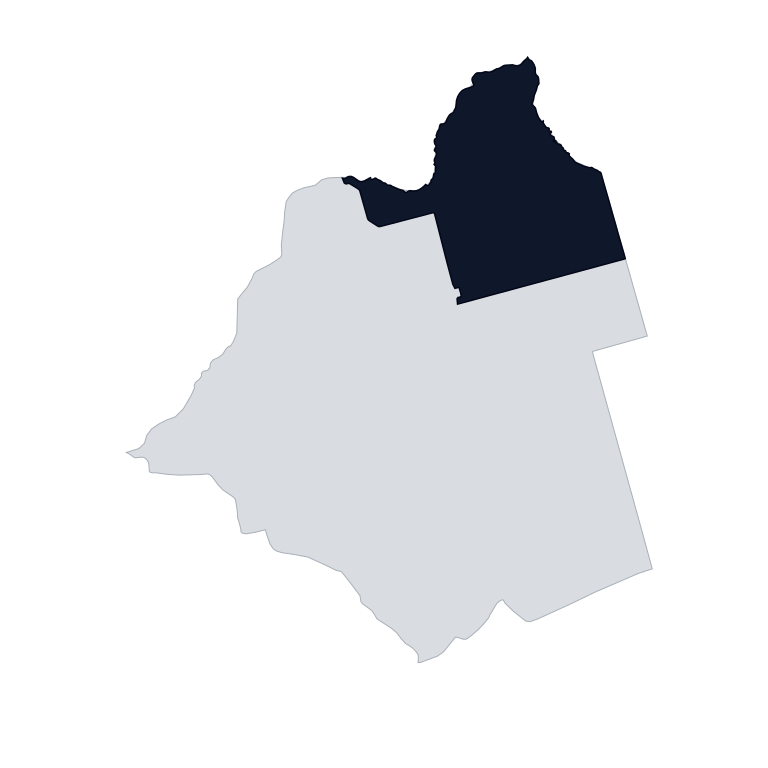 Kgalagadi highlighted on a map of Botswana, rotated 165°
{"feature_id": "BWA-2625", "entity_name": "Kgalagadi", "entity_type": "District", "adm_level": 1, "iso_a3": "BWA", "parent_name": "Botswana", "parent_adm1": "", "projection": "orthographic", "projection_center": [21.995, -25.1], "detail": "fine", "context": "in_parent", "style": "filled", "palette": "ink", "viewbox_px": 768, "rotation_deg": 165, "n_neighbors": 0, "source": "natural_earth", "source_scale": "10m", "svg_char_len": 6713}
<svg xmlns="http://www.w3.org/2000/svg" viewBox="0 0 768 768"><g transform="rotate(165 384 384)"><path d="M423.3,106.1L422.1,109.0L421.1,113.4L422.1,116.7L424.4,121.2L427.7,125.1L430.2,127.5L433.2,133.2L436.1,140.4L440.0,146.1L451.6,159.0L452.8,163.6L454.3,168.2L461.5,177.0L462.6,179.9L462.0,185.8L469.2,203.6L473.9,214.1L478.1,216.1L491.3,227.5L502.8,236.8L516.3,243.2L526.3,247.5L531.2,250.6L533.6,253.4L535.5,258.8L536.2,268.0L536.3,273.9L547.1,274.1L556.1,275.0L559.1,276.3L560.3,278.1L559.8,282.0L559.8,287.8L560.0,292.5L558.9,297.5L558.1,303.4L557.4,310.7L558.6,313.6L566.9,323.2L570.3,329.4L573.8,338.6L575.9,341.6L577.6,342.8L585.3,344.2L605.1,348.9L617.2,353.0L626.8,357.1L630.8,358.2L632.7,359.3L633.3,360.2L631.8,368.0L632.1,370.6L633.0,372.9L634.6,374.8L636.5,376.0L643.9,377.2L648.1,382.3L650.7,384.6L637.4,385.1L630.7,388.8L626.5,395.7L620.3,400.7L612.0,403.6L603.3,405.5L594.1,406.3L584.2,412.0L573.5,422.6L568.0,429.3L567.6,432.2L565.2,434.6L560.8,436.5L558.2,438.9L557.5,441.8L555.1,443.1L551.0,442.8L548.0,444.8L546.2,449.2L542.5,451.7L536.9,452.4L531.9,454.7L527.7,458.6L524.5,460.5L522.3,460.5L518.8,463.7L513.0,471.2L512.0,474.8L503.3,503.9L499.1,507.2L490.9,513.0L484.2,520.0L481.2,524.1L478.1,525.9L463.2,529.0L457.6,530.8L450.9,533.3L449.1,535.8L447.2,544.8L442.3,557.6L438.3,567.1L435.6,575.4L431.2,585.6L427.4,589.0L423.2,592.1L417.8,593.5L410.4,594.3L403.8,593.9L398.6,593.9L391.3,597.4L384.6,597.5L374.0,595.2L365.5,593.0L361.6,592.5L354.1,585.6L349.2,585.7L341.7,585.0L337.6,583.4L333.7,579.9L325.3,573.0L317.1,567.4L309.8,564.0L302.9,562.4L296.4,563.7L291.3,565.1L289.4,565.8L285.4,568.7L281.3,574.0L278.0,582.4L276.7,587.6L272.9,598.5L267.9,611.7L265.5,615.4L262.8,618.2L258.5,620.7L244.5,631.1L237.5,642.9L233.1,646.3L227.8,647.9L223.4,648.9L220.9,650.9L218.2,656.8L215.8,658.9L213.1,659.7L205.2,659.1L202.6,658.5L181.6,659.7L175.1,657.9L170.6,657.2L163.4,659.7L160.4,658.1L157.9,653.2L156.7,643.3L156.9,634.9L160.8,628.5L164.0,623.7L167.1,617.6L167.5,614.9L166.9,612.4L166.2,607.4L165.8,602.3L161.1,591.1L155.4,576.3L147.6,559.8L145.2,555.2L140.4,548.1L122.5,534.6L119.8,532.8L119.8,531.3L119.6,518.0L119.3,500.4L119.0,482.7L118.8,465.1L118.5,447.5L118.2,429.9L118.0,412.3L117.7,394.7L117.5,377.1L117.3,362.2L130.2,362.0L146.3,361.8L165.4,361.6L173.9,361.5L174.4,359.2L174.3,348.3L174.1,323.2L173.9,298.2L173.7,273.2L173.5,248.2L173.3,223.2L173.1,198.2L172.9,173.3L172.8,148.4L172.7,136.0L187.8,135.2L205.1,132.6L233.2,128.5L259.4,123.5L276.6,120.6L296.9,117.2L303.9,116.7L305.8,117.1L308.5,118.4L317.8,130.9L323.6,140.5L324.7,144.5L325.9,145.0L328.6,144.4L331.8,142.9L341.4,133.6L343.4,131.1L349.6,126.6L357.0,122.1L363.7,118.9L370.5,116.2L373.6,117.0L377.2,119.4L380.5,121.0L395.9,109.8L402.8,107.3L420.8,105.6L423.3,106.1Z" fill="#d9dde1" stroke="#a8b0b8" stroke-width="1"/><path d="M154.6,572.7L154.4,571.5L154.1,571.0L152.5,570.2L151.6,569.6L151.2,569.0L150.8,567.1L150.6,566.6L150.0,565.8L149.8,565.4L149.7,564.9L150.0,564.5L150.2,564.2L150.1,563.6L149.7,563.2L148.7,562.7L148.3,562.4L148.2,562.0L148.1,560.3L147.0,559.9L146.0,559.3L145.4,558.5L145.9,557.5L146.0,556.6L145.4,555.2L143.8,552.9L142.1,549.1L141.5,548.3L134.2,542.4L129.9,539.9L129.3,539.7L128.2,539.6L127.6,539.5L127.0,539.1L125.5,537.4L122.6,535.1L121.5,533.5L120.5,532.7L120.1,532.3L119.8,531.3L119.7,520.7L119.5,510.2L119.3,499.6L119.2,489.0L119.0,478.4L119.0,476.7L118.9,467.9L118.7,457.3L118.5,446.7L118.5,442.6L119.6,442.5L292.3,442.1L291.4,447.4L290.3,448.4L287.7,448.3L287.1,448.6L286.7,449.0L286.4,451.4L286.5,457.3L286.6,457.7L287.0,457.9L287.5,458.0L290.7,458.0L291.7,462.5L291.7,484.4L291.1,535.1L291.2,535.8L291.5,536.5L292.3,536.7L293.1,536.8L346.6,537.1L347.5,537.2L348.3,537.4L349.2,538.1L355.5,545.0L356.2,545.9L356.8,547.0L357.0,548.3L357.4,577.6L359.2,580.0L365.5,586.6L366.3,586.9L368.9,587.1L370.3,588.3L371.0,593.6L368.6,592.6L367.5,592.8L366.4,593.2L364.8,593.6L362.1,593.1L359.8,591.3L356.0,586.6L353.6,585.2L350.7,585.1L344.9,586.6L343.7,586.8L343.6,586.5L343.9,586.0L343.9,585.5L343.3,585.0L342.8,584.6L342.1,584.5L339.2,585.2L338.2,584.5L337.4,583.3L334.9,581.4L332.8,578.6L332.3,578.3L331.2,577.9L330.7,577.5L330.3,577.0L329.8,575.7L329.3,575.2L326.2,574.2L325.5,573.5L325.1,572.9L319.3,568.2L317.9,567.3L316.3,566.5L315.7,566.1L315.0,565.3L314.2,564.0L313.7,563.5L312.9,563.2L312.2,563.4L310.3,564.0L309.3,564.1L308.5,563.9L306.0,562.9L302.9,562.3L300.2,562.4L297.5,563.2L293.3,565.2L292.8,565.6L292.1,566.0L291.8,565.7L291.5,565.0L291.2,564.5L289.8,564.3L288.5,565.0L286.3,567.2L286.0,567.8L285.9,568.3L285.7,568.8L285.0,569.2L284.3,569.5L283.7,569.9L283.2,570.4L282.7,571.2L281.8,573.6L281.2,574.3L279.8,574.8L279.4,575.4L278.3,579.2L277.9,580.2L277.7,580.7L277.7,581.2L278.0,581.8L278.5,582.5L278.8,583.1L278.3,583.7L277.5,584.3L277.4,584.8L277.6,585.3L277.7,586.0L277.6,586.9L277.4,587.5L277.1,588.1L274.6,591.0L273.9,592.3L273.5,593.6L273.6,594.4L273.8,594.6L274.1,594.8L274.5,595.4L274.8,596.3L274.9,596.6L274.3,597.7L273.5,598.6L272.4,599.6L271.8,600.6L272.5,601.7L272.7,602.5L272.8,603.9L272.6,605.3L272.3,606.3L271.8,607.1L271.3,607.5L269.7,608.1L269.1,608.6L269.1,609.1L269.3,609.7L269.3,610.4L267.0,614.0L266.8,614.1L266.3,614.7L265.2,615.5L264.6,616.3L263.7,618.4L262.6,620.0L261.7,620.4L259.2,619.8L257.4,620.2L256.2,621.2L254.3,623.9L251.4,626.7L250.1,627.4L249.3,627.7L246.7,628.2L246.2,628.5L245.6,629.8L243.4,632.0L242.4,634.2L240.6,639.1L238.5,642.4L235.7,645.2L232.5,647.2L229.0,648.0L223.7,648.1L222.0,648.4L220.5,648.9L219.8,649.5L219.8,650.5L220.3,653.3L220.3,654.5L220.1,655.6L219.5,656.7L218.5,657.6L215.4,659.8L214.1,660.3L213.0,660.3L209.7,659.4L205.0,659.3L202.3,658.1L201.1,657.8L198.6,657.9L194.0,659.2L193.2,659.2L191.7,659.1L190.9,659.1L186.1,660.5L184.4,660.5L177.1,659.0L174.9,657.6L172.6,656.6L169.5,657.0L168.1,657.8L165.6,659.6L162.1,661.3L160.9,662.2L160.7,662.4L160.5,661.8L159.9,659.8L159.3,659.1L158.5,658.6L158.2,658.3L157.8,657.8L157.1,656.1L156.5,653.9L156.2,651.6L156.1,649.8L157.3,645.6L157.3,644.2L157.1,643.3L156.2,642.0L155.8,641.3L155.6,639.7L155.8,637.9L156.5,634.6L156.7,633.9L158.3,632.6L159.1,631.6L160.7,628.6L163.8,624.5L165.0,622.3L166.0,619.9L168.4,616.5L168.6,615.5L166.5,611.9L166.3,610.7L166.4,606.3L165.8,601.0L164.3,597.3L164.3,597.1L163.7,596.4L163.4,596.3L162.8,596.6L162.1,596.9L162.1,596.3L162.7,595.2L161.5,591.1L160.9,590.0L160.3,589.5L158.9,588.8L158.4,588.2L158.4,587.6L158.9,586.2L158.9,585.6L158.4,585.2L157.8,585.1L157.2,584.9L157.0,584.2L157.3,583.8L158.5,583.0L158.9,582.4L158.4,580.8L155.9,578.6L156.0,576.9L156.3,575.9L158.0,574.8L157.2,574.2L156.7,574.2L156.2,574.5L155.7,574.8L155.2,574.5L155.1,573.9L155.4,573.1L155.5,572.6L154.6,572.7Z" fill="#0f172a" stroke="#020617" stroke-width="1.5"/></g></svg>